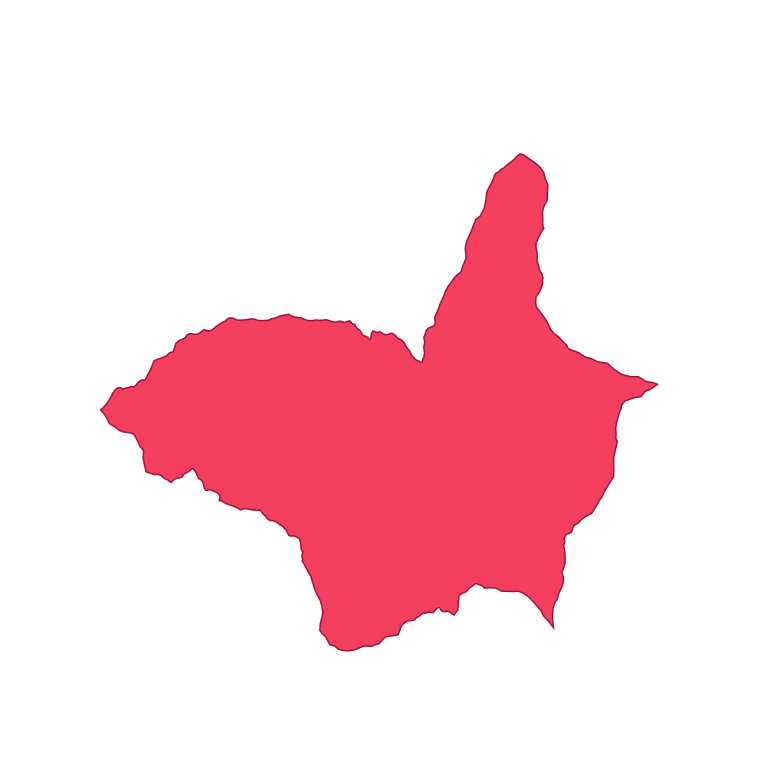 Lauri, Samdrup Jongkhar, Bhutan (Natural Earth projection), rotated 21°
{"feature_id": "84629894B60450500664281", "entity_name": "Lauri", "entity_type": "district", "adm_level": 2, "iso_a3": "BTN", "parent_name": "Bhutan", "parent_adm1": "Samdrup Jongkhar", "projection": "natural_earth1", "projection_center": [91.92, 27.142], "detail": "fine", "context": "isolated", "style": "filled", "palette": "rose", "viewbox_px": 768, "rotation_deg": 21, "n_neighbors": 0, "source": "geoboundaries", "source_scale": "gbopen_adm2", "svg_char_len": 6170}
<svg xmlns="http://www.w3.org/2000/svg" viewBox="0 0 768 768"><g transform="rotate(21 384 384)"><path d="M128.6,509.5L131.0,511.2L132.4,511.6L134.3,512.7L138.5,516.1L141.4,519.0L143.7,519.6L150.2,521.0L153.1,522.1L157.4,522.2L165.9,520.3L169.2,520.9L174.2,525.4L178.7,529.8L183.6,532.5L185.6,539.2L186.5,540.9L188.4,543.6L189.7,545.9L192.1,549.1L193.2,551.3L202.3,550.8L205.3,549.3L208.8,549.3L212.3,550.9L216.6,551.1L220.7,552.2L221.2,550.7L222.4,548.3L224.4,546.1L226.9,544.8L228.4,543.6L229.1,542.4L229.1,540.3L232.8,535.9L234.0,534.2L234.8,532.0L236.3,531.5L239.2,533.3L241.3,535.0L242.9,536.8L244.9,538.6L247.2,538.9L249.1,539.9L251.7,542.4L253.0,544.9L254.8,546.7L255.6,547.1L257.1,546.5L259.4,545.0L266.4,545.1L268.9,545.9L271.0,547.3L271.4,548.6L272.1,552.0L274.1,551.4L279.4,552.3L286.8,552.0L290.6,552.1L293.3,552.4L294.2,552.9L295.2,552.9L298.0,550.4L301.4,549.5L307.4,548.5L313.8,546.1L317.8,548.8L320.8,549.7L323.1,551.5L326.2,552.2L329.5,551.3L332.2,551.3L335.7,552.1L337.7,553.0L340.2,552.9L343.5,554.8L345.0,555.1L346.1,556.5L349.2,559.3L351.1,559.5L354.2,558.1L357.6,558.1L360.7,558.9L363.6,563.0L364.9,565.9L365.9,567.7L367.0,568.9L368.0,569.5L368.5,570.8L368.5,572.5L369.3,574.6L370.7,576.5L371.2,578.8L373.9,580.6L376.2,582.9L378.6,584.7L381.6,587.5L384.4,589.4L392.4,599.9L397.1,604.7L402.3,609.2L404.9,612.7L406.7,615.5L408.5,618.8L409.5,622.4L410.4,630.3L412.3,636.9L414.8,638.6L418.0,640.1L420.2,640.9L426.7,646.7L431.7,646.3L436.2,647.9L438.2,647.9L442.0,647.3L446.7,645.7L451.0,643.3L458.2,636.6L460.7,634.9L463.1,634.5L466.6,633.2L469.4,630.3L472.0,628.6L473.2,626.5L474.4,622.7L476.3,619.5L477.0,618.8L482.2,615.8L485.6,614.1L486.9,612.9L487.0,607.8L486.8,605.6L486.9,603.8L487.4,602.1L489.5,598.4L491.9,596.3L494.8,594.9L496.5,593.7L497.4,592.8L497.7,591.8L497.9,590.3L498.5,590.0L499.9,588.4L501.1,586.1L502.6,584.2L504.2,583.2L505.3,582.9L506.6,581.4L508.1,580.8L510.8,580.3L511.9,579.7L514.0,574.0L515.0,573.0L515.8,572.9L517.0,573.5L518.2,574.7L519.4,575.3L520.6,575.4L522.7,574.6L524.3,573.3L527.0,573.4L530.5,574.3L532.5,574.3L532.6,572.8L533.8,568.6L532.5,563.7L531.3,560.3L531.0,558.4L530.3,556.9L530.1,554.8L530.5,553.5L531.7,551.8L535.0,548.6L537.1,543.5L540.9,537.8L541.7,537.3L547.3,537.1L548.8,537.4L550.8,538.5L552.1,538.2L552.9,537.6L556.0,536.2L561.6,534.4L568.1,535.2L578.6,531.6L583.5,529.3L589.1,529.4L595.7,531.1L599.8,532.9L605.1,535.8L611.2,538.8L616.0,543.3L622.6,546.5L629.6,550.8L625.3,542.5L622.3,533.6L621.8,529.3L622.0,525.8L622.8,523.2L622.6,520.6L622.2,518.4L622.8,507.8L621.7,502.6L620.4,499.6L617.2,495.8L617.7,492.9L617.6,489.9L617.0,485.4L613.3,476.4L609.5,470.4L609.4,467.0L607.4,462.7L608.2,458.4L610.0,457.5L610.8,456.8L611.5,455.6L612.1,455.0L611.9,448.7L613.5,446.1L615.2,444.3L616.9,439.7L619.1,436.1L624.2,430.2L625.4,424.6L626.9,415.0L628.0,411.5L628.1,408.9L628.4,404.8L630.7,391.7L631.6,388.3L631.1,387.1L630.3,384.5L624.8,370.7L622.4,354.0L619.7,351.6L618.7,347.8L616.3,342.8L614.8,336.4L614.6,332.6L614.1,329.1L613.9,325.0L614.2,322.1L613.3,318.6L615.1,313.4L622.5,307.1L628.5,303.7L630.4,297.3L634.8,293.3L639.4,286.2L635.1,286.3L627.6,287.8L618.8,286.0L611.5,288.9L602.7,289.8L593.0,287.8L585.3,284.6L575.5,286.7L568.2,286.0L563.7,286.7L559.2,286.1L554.2,285.0L544.1,285.1L541.8,283.7L540.9,282.5L529.9,277.4L525.4,276.3L520.3,273.6L517.2,270.5L513.7,267.4L508.3,263.4L498.3,257.3L496.3,253.3L494.7,248.1L496.3,241.9L496.4,236.9L495.9,232.9L494.8,230.6L494.4,228.1L492.0,224.6L487.3,221.0L486.9,219.5L483.5,215.3L482.4,213.6L482.0,211.5L481.1,209.2L479.3,205.7L477.6,203.2L476.3,200.6L475.3,197.2L476.0,189.8L476.2,186.0L476.9,183.1L477.5,181.6L476.3,180.3L474.5,177.1L473.1,173.1L471.1,168.5L470.1,165.6L469.6,162.3L469.8,158.6L470.4,155.7L470.2,153.0L468.1,147.3L466.6,142.3L465.1,138.7L463.7,137.5L461.1,134.6L459.2,132.1L457.8,129.9L454.9,127.6L452.5,126.1L446.6,123.7L432.4,120.1L428.6,120.3L426.3,124.3L424.4,128.8L420.5,135.1L418.6,139.1L416.0,142.1L415.3,144.7L413.1,146.9L412.5,149.3L412.6,156.0L412.0,160.0L411.3,165.6L411.3,168.9L412.4,172.2L413.8,178.3L414.7,184.7L413.8,190.6L413.8,192.1L412.6,194.9L410.7,197.4L410.7,210.0L410.1,219.6L410.5,222.0L410.4,224.6L411.6,229.2L414.2,233.7L415.5,237.3L415.3,246.3L415.8,251.2L411.9,258.6L408.7,270.6L408.7,272.4L408.1,274.8L408.3,279.4L407.6,289.9L407.9,292.8L407.6,302.7L407.7,304.3L409.1,306.7L410.1,308.8L410.0,310.5L409.0,312.9L407.3,314.1L405.2,316.5L404.3,318.5L404.3,319.7L404.5,322.9L404.5,325.6L405.0,327.4L406.4,329.1L407.2,331.4L407.6,333.1L407.7,334.8L410.8,340.8L411.4,343.1L411.4,347.6L411.8,349.3L411.6,350.5L410.3,350.7L408.2,350.0L407.0,350.2L404.7,349.9L400.4,347.9L395.6,343.6L393.7,342.8L391.1,341.0L388.8,338.9L387.1,337.7L385.3,336.7L382.9,336.4L381.5,336.6L380.0,336.1L376.9,334.4L375.2,334.3L373.6,333.7L372.4,334.1L369.5,336.8L365.3,337.7L364.4,337.5L362.8,336.8L361.8,336.6L359.4,338.3L358.5,338.5L355.5,338.4L354.5,338.6L354.1,341.2L354.2,342.0L355.0,343.9L355.3,345.4L355.1,346.4L354.7,347.5L353.9,347.4L351.7,346.2L347.1,346.0L346.0,345.6L345.3,345.1L343.0,343.0L342.1,342.4L338.9,341.8L338.2,341.4L335.2,338.9L332.4,339.1L330.4,337.6L329.6,337.4L328.6,337.7L325.6,340.3L324.6,340.7L320.4,341.1L318.6,342.2L317.3,343.4L316.1,343.9L313.6,344.3L306.9,344.7L304.4,346.1L301.1,347.6L297.3,348.7L294.8,350.3L292.6,351.3L289.1,352.2L286.4,352.2L283.6,351.9L276.3,353.6L273.1,353.5L270.0,353.0L263.8,357.1L262.2,357.9L259.6,360.8L255.8,363.3L253.3,365.9L246.6,368.9L243.8,369.8L240.4,369.9L237.2,370.6L231.2,374.0L227.0,375.9L224.3,376.9L222.5,376.9L220.8,376.7L218.5,376.9L216.1,377.8L214.7,379.0L213.4,381.9L211.6,383.7L208.9,387.2L206.6,390.7L204.2,395.1L201.8,397.1L196.2,398.0L193.7,402.5L192.0,404.3L189.5,405.5L186.0,406.1L183.9,407.3L182.7,408.4L181.9,411.6L181.4,412.8L177.7,416.2L175.9,419.2L175.1,420.9L175.7,427.0L175.5,429.8L173.4,430.9L172.3,432.2L171.4,435.0L169.1,437.6L164.5,441.4L161.3,444.4L161.0,445.5L160.8,456.7L160.0,459.6L159.7,465.7L155.9,467.5L154.3,469.7L153.2,473.2L151.8,476.2L148.6,477.0L147.3,478.5L144.5,480.4L142.3,482.5L139.4,481.8L137.2,482.7L135.3,485.2L134.0,490.0L134.0,491.9L132.5,500.4L130.3,507.1L128.6,509.5Z" fill="#f43f5e" stroke="#9f1239" stroke-width="1.5"/></g></svg>